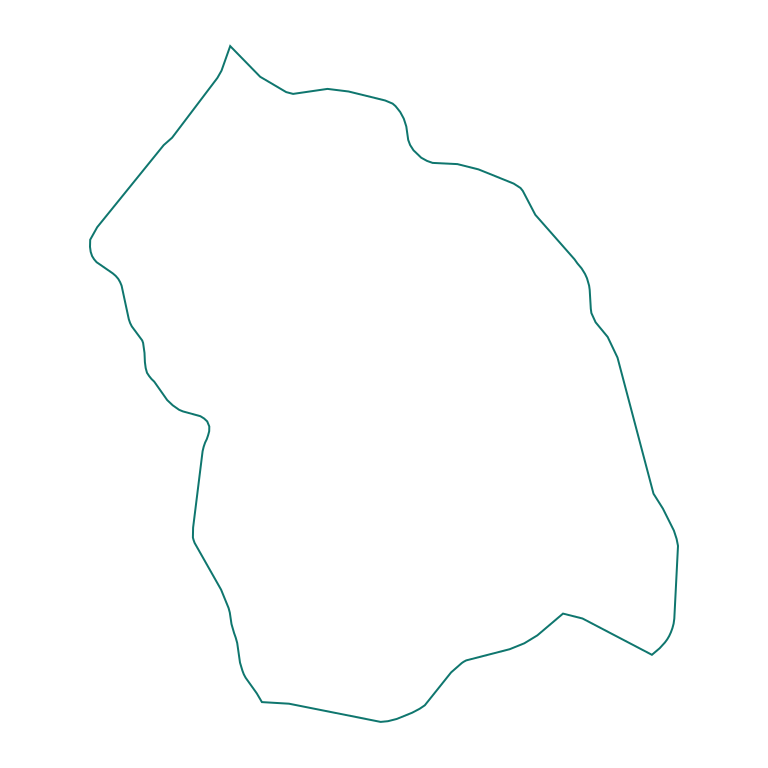 the Department of Flores
{"feature_id": "URY-7", "entity_name": "Flores", "entity_type": "Department", "adm_level": 1, "iso_a3": "URY", "parent_name": "Uruguay", "parent_adm1": "", "projection": "natural_earth1", "projection_center": [-56.945, -33.556], "detail": "fine", "context": "isolated", "style": "outline", "palette": "teal", "viewbox_px": 768, "rotation_deg": 0, "n_neighbors": 0, "source": "natural_earth", "source_scale": "10m", "svg_char_len": 1647}
<svg xmlns="http://www.w3.org/2000/svg" viewBox="0 0 768 768"><path d="M230.2,46.1L260.2,76.8L286.2,92.1L293.1,93.9L327.5,88.9L348.6,91.5L385.2,100.5L392.6,103.6L395.5,106.1L400.2,112.0L403.8,118.7L406.3,126.5L408.2,139.9L410.1,145.0L413.5,150.3L421.2,157.7L427.0,160.9L432.6,162.9L457.4,164.1L478.5,169.4L513.7,183.6L520.5,188.0L522.8,190.9L535.3,214.8L574.5,259.3L577.4,263.4L581.6,268.4L585.0,273.9L587.0,278.3L589.1,285.6L589.7,289.9L590.8,308.8L591.4,313.1L595.6,322.3L607.7,337.0L617.5,357.6L653.5,493.7L662.9,508.6L673.9,530.6L676.6,538.9L678.0,545.9L674.3,618.7L673.6,623.7L672.4,628.2L670.9,632.3L669.2,636.0L667.2,639.4L664.9,642.5L659.6,648.3L651.9,654.8L582.5,618.5L563.0,613.6L537.3,635.4L524.3,643.3L509.7,649.2L466.2,660.4L463.6,661.8L461.7,663.1L451.1,672.4L424.8,705.3L419.6,708.8L412.2,712.7L396.6,719.0L387.9,721.2L380.6,721.9L289.0,703.7L261.9,702.1L256.8,693.4L245.6,677.7L243.8,674.3L242.4,670.6L240.0,662.6L237.2,643.0L235.7,637.6L234.1,633.1L231.5,624.1L229.8,612.6L228.6,608.1L221.1,589.7L194.6,542.9L193.6,540.1L192.9,537.5L193.1,527.7L202.6,451.2L203.7,446.7L205.1,442.6L206.8,439.1L208.1,435.3L209.2,431.2L209.3,426.5L207.2,421.4L204.1,418.5L200.4,416.2L182.9,411.4L179.1,409.8L172.7,405.3L167.2,400.1L154.2,381.6L151.5,379.0L149.1,376.0L147.0,372.8L145.7,368.1L144.9,362.1L144.5,352.9L143.1,342.9L142.3,340.8L142.3,340.6L142.1,340.3L131.8,326.4L130.1,323.0L128.8,319.2L121.6,285.7L120.1,282.1L118.2,278.8L115.7,275.9L112.8,273.4L96.6,262.2L94.1,259.3L92.1,256.1L90.7,251.9L90.0,246.8L90.2,239.7L97.2,227.2L163.7,145.1L172.1,137.7L217.4,77.9L221.5,70.7L230.2,46.1Z" fill="none" stroke="#0f766e" stroke-width="2"/></svg>